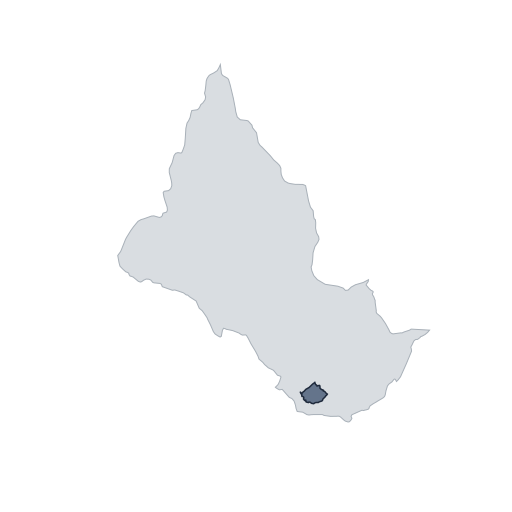 Bocaranga, Ouham-Pendé, Central African Republic (highlighted), rotated 246°
{"feature_id": "33826404B56355179164788", "entity_name": "Bocaranga", "entity_type": "district", "adm_level": 2, "iso_a3": "CAF", "parent_name": "Central African Republic", "parent_adm1": "Ouham-Pendé", "projection": "mercator", "projection_center": [15.797, 6.756], "detail": "fine", "context": "in_parent", "style": "filled", "palette": "slate", "viewbox_px": 512, "rotation_deg": 246, "n_neighbors": 0, "source": "geoboundaries", "source_scale": "gbopen_adm2", "svg_char_len": 5422}
<svg xmlns="http://www.w3.org/2000/svg" viewBox="0 0 512 512"><g transform="rotate(246 256 256)"><path d="M347.4,195.9L351.7,197.0L352.5,198.4L351.3,202.7L352.1,205.4L354.5,207.7L357.0,208.7L359.4,209.3L367.5,210.7L371.0,212.3L375.4,217.4L381.1,222.0L382.5,224.4L382.2,226.7L380.5,229.4L380.8,230.5L383.4,233.2L386.4,236.0L391.8,239.0L401.2,243.9L405.5,247.1L407.0,249.5L409.4,252.2L412.8,254.6L415.0,256.5L413.5,261.8L413.9,263.5L414.8,265.0L416.7,267.1L417.5,269.8L419.5,273.1L421.8,274.7L425.7,275.2L427.7,276.8L432.0,279.4L436.1,281.7L437.9,283.3L438.9,284.7L439.9,286.4L440.3,288.0L440.4,291.6L441.1,296.0L443.4,299.1L445.4,301.3L437.0,298.7L435.7,298.7L434.3,299.1L429.9,302.3L428.5,302.7L422.9,302.0L409.5,299.5L399.2,297.1L396.1,296.2L390.6,295.4L386.9,297.0L383.5,302.7L382.5,303.8L377.1,305.5L374.6,305.0L368.4,306.6L358.8,304.2L355.4,304.7L352.7,305.9L345.8,308.4L341.6,309.9L336.7,311.2L332.1,313.3L329.0,314.4L326.0,314.4L323.2,313.2L320.2,312.2L316.6,312.0L312.9,312.6L309.7,314.9L308.4,316.5L305.6,320.8L302.4,327.7L301.1,329.1L300.0,329.9L284.9,326.4L278.5,325.6L274.1,326.6L268.6,324.7L266.3,324.3L265.1,325.0L262.1,324.1L257.1,321.7L252.4,320.7L248.1,321.1L245.5,320.3L243.4,318.0L240.7,313.7L235.8,309.5L229.3,306.1L225.2,303.6L223.6,301.9L220.0,301.0L214.6,300.8L209.5,302.4L202.0,307.7L195.1,318.5L191.2,322.6L188.2,323.7L187.4,326.3L188.9,330.4L189.3,335.1L188.2,343.2L188.6,349.1L187.0,348.1L185.4,345.4L184.7,344.8L180.1,346.1L177.7,347.2L176.5,348.3L175.5,348.5L174.1,346.9L172.9,346.7L171.1,347.0L169.3,346.9L168.1,346.7L167.3,346.9L165.2,346.0L157.3,343.7L156.0,343.0L154.4,343.0L150.3,345.0L148.2,345.6L141.7,346.8L134.7,347.4L132.1,347.4L130.2,348.3L129.1,349.5L126.9,357.0L126.3,358.2L126.4,360.1L125.8,366.1L126.1,368.0L117.7,384.4L116.4,381.7L115.5,378.5L115.2,374.8L115.4,373.8L114.8,372.7L114.1,369.7L114.8,367.8L114.2,365.7L112.6,363.8L111.2,362.2L110.3,360.9L109.6,360.3L108.0,360.1L105.8,359.4L96.6,349.7L86.9,338.9L85.0,335.4L84.2,333.3L86.6,333.1L87.2,332.7L87.2,331.8L85.7,329.0L85.0,325.5L83.9,323.3L80.1,320.0L76.5,317.5L75.3,316.2L74.7,314.3L73.3,302.6L72.7,299.3L71.6,297.8L70.7,297.1L70.4,296.3L70.6,294.2L71.0,292.4L71.0,291.6L72.0,290.0L72.0,279.1L70.8,277.6L68.7,277.6L67.5,276.0L66.6,274.0L66.9,272.6L68.9,270.4L70.3,269.6L74.4,267.8L75.6,267.0L76.3,265.9L76.8,264.4L79.2,258.8L82.7,253.3L84.2,252.1L87.8,243.9L88.6,241.8L89.2,239.7L90.4,238.0L94.3,235.2L97.2,230.4L100.4,230.6L103.7,231.4L107.9,231.8L111.2,230.8L113.3,228.9L123.5,225.7L124.2,223.0L125.8,221.7L127.7,220.5L128.3,220.3L128.5,221.2L129.6,223.9L131.9,226.6L135.3,229.6L136.3,229.4L138.4,227.1L143.7,225.7L145.0,225.1L148.8,221.8L153.3,219.7L156.0,219.0L160.6,216.8L163.8,217.1L169.1,216.8L177.8,215.7L184.1,215.4L187.3,215.0L188.1,214.5L189.3,211.4L190.3,210.5L192.6,209.1L197.3,204.4L200.3,200.3L201.2,198.9L201.9,198.6L203.2,197.0L201.9,195.2L196.7,191.6L196.8,191.2L196.5,190.5L196.7,190.1L198.7,188.6L201.4,186.9L204.3,186.3L211.7,186.4L218.0,186.1L219.5,186.2L224.5,185.3L227.9,184.6L231.3,182.9L239.2,183.0L245.8,178.7L247.7,177.9L248.5,177.2L248.7,176.5L251.8,174.8L255.2,171.2L258.0,168.0L258.7,165.7L266.1,157.9L268.7,158.1L270.0,157.1L272.9,152.0L273.8,151.0L276.9,150.1L278.4,148.6L279.6,146.3L279.6,143.5L279.1,141.2L279.1,140.1L279.8,139.1L280.9,138.1L286.6,135.3L288.0,134.0L288.9,132.8L290.5,132.5L292.2,132.7L293.3,131.9L294.5,130.6L298.4,128.9L302.0,127.6L305.8,128.2L312.7,129.9L314.8,133.6L315.8,134.9L324.3,143.6L325.9,145.7L330.2,152.0L332.7,156.3L335.7,162.4L336.0,165.8L335.6,168.6L335.0,176.7L334.2,179.0L330.5,183.4L330.3,185.4L331.1,187.0L332.2,187.7L332.9,188.5L332.5,192.2L333.9,193.7L336.7,194.7L343.8,195.4L347.4,195.9Z" fill="#d9dde1" stroke="#a8b0b8" stroke-width="1"/><path d="M105.9,263.0L106.3,262.7L106.6,262.4L106.9,262.1L107.0,261.9L107.2,261.7L107.3,261.7L107.6,261.6L107.8,261.4L108.2,261.0L108.5,260.9L109.2,260.7L109.5,260.7L109.7,260.9L110.0,261.1L110.4,261.2L110.6,261.2L111.0,261.4L111.3,261.5L111.5,261.5L111.9,261.4L112.0,261.2L112.1,260.9L112.2,260.6L112.2,260.3L112.2,260.1L112.2,259.7L112.3,259.6L112.3,259.3L112.4,259.0L112.5,258.8L113.0,258.9L113.3,258.9L113.6,258.8L113.7,258.6L114.1,258.3L114.4,258.2L116.6,258.3L116.2,256.9L116.0,255.7L114.7,252.2L114.3,251.1L113.9,247.2L112.8,244.9L112.8,244.0L112.5,243.5L112.3,243.2L112.1,242.7L112.1,242.3L112.4,241.8L112.8,241.5L113.3,241.3L114.1,241.2L113.5,241.1L113.0,241.1L112.7,241.1L112.3,241.1L111.8,241.1L111.4,241.3L111.1,241.6L110.6,241.4L110.1,241.2L109.8,241.0L109.4,240.9L109.0,240.9L108.7,241.5L108.2,241.8L107.8,242.1L107.3,242.0L107.1,242.0L106.7,241.8L106.5,241.5L106.2,241.3L106.0,241.2L105.7,241.3L105.3,241.5L105.0,241.5L104.6,241.5L104.3,241.7L104.0,241.9L104.0,242.2L104.1,242.4L104.2,242.6L104.1,242.8L103.9,242.8L103.6,242.7L103.4,242.6L103.2,242.6L102.9,242.4L102.6,242.4L102.6,242.5L102.4,242.7L102.2,242.8L101.8,242.9L101.6,243.2L101.3,243.5L101.1,244.0L100.8,244.3L101.0,244.7L100.8,245.3L100.5,245.9L99.8,246.3L99.2,246.6L98.8,246.9L98.5,247.2L98.2,247.7L98.0,248.1L97.7,248.4L97.6,248.8L97.8,249.3L97.9,250.5L97.5,251.9L96.8,253.3L97.0,254.2L97.0,255.2L96.8,256.4L96.8,257.5L97.2,258.2L97.6,258.4L98.0,258.8L98.5,260.1L99.0,261.2L99.3,262.2L99.9,262.8L100.1,263.8L100.4,264.4L100.8,265.0L101.4,264.7L101.8,264.4L102.7,264.1L103.3,264.0L103.9,263.8L104.3,263.6L104.8,263.2L105.3,262.6L105.5,262.6L105.7,262.9L105.9,263.0Z" fill="#64748b" stroke="#1e293b" stroke-width="1.5"/></g></svg>